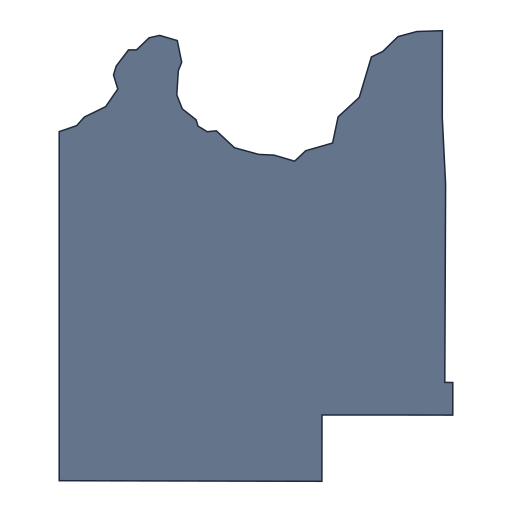 Roger Mills, Oklahoma, United States of America
{"feature_id": "52423323B14200891286465", "entity_name": "Roger Mills", "entity_type": "district", "adm_level": 2, "iso_a3": "USA", "parent_name": "United States of America", "parent_adm1": "Oklahoma", "projection": "mercator", "projection_center": [-99.698, 35.717], "detail": "fine", "context": "isolated", "style": "filled", "palette": "slate", "viewbox_px": 512, "rotation_deg": 0, "n_neighbors": 0, "source": "geoboundaries", "source_scale": "gbopen_adm2", "svg_char_len": 637}
<svg xmlns="http://www.w3.org/2000/svg" viewBox="0 0 512 512"><path d="M59.2,480.7L321.9,481.3L322.0,415.0L398.1,415.0L452.8,415.1L452.8,382.5L444.8,382.4L445.6,184.1L442.3,117.9L442.4,30.7L416.9,31.5L398.0,36.6L382.7,51.5L371.4,56.9L359.3,97.3L338.1,116.9L332.6,143.0L305.8,150.7L294.6,161.2L274.0,155.1L258.7,154.4L234.4,147.7L216.3,130.8L207.2,131.7L198.0,126.1L196.1,119.8L182.3,108.9L176.8,94.9L178.3,70.9L181.7,62.3L177.3,40.6L159.7,35.4L149.1,37.8L136.5,49.9L128.5,49.9L116.2,66.1L113.5,75.0L117.8,89.0L105.7,106.6L84.4,117.0L76.7,125.6L59.2,131.6L59.2,331.2L59.2,480.7Z" fill="#64748b" stroke="#1e293b" stroke-width="1.5"/></svg>